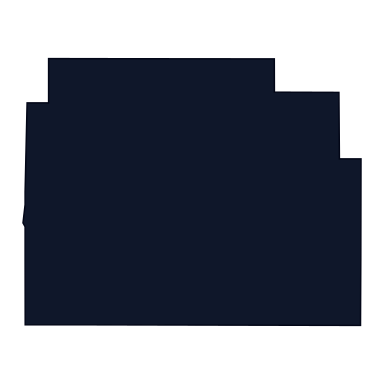 Morris, Kansas, United States of America
{"feature_id": "52423323B46271330611331", "entity_name": "Morris", "entity_type": "district", "adm_level": 2, "iso_a3": "USA", "parent_name": "United States of America", "parent_adm1": "Kansas", "projection": "equal_earth", "projection_center": [-96.703, 38.696], "detail": "fine", "context": "isolated", "style": "filled", "palette": "ink", "viewbox_px": 384, "rotation_deg": 0, "n_neighbors": 0, "source": "geoboundaries", "source_scale": "gbopen_adm2", "svg_char_len": 355}
<svg xmlns="http://www.w3.org/2000/svg" viewBox="0 0 384 384"><path d="M361.0,158.9L339.4,158.9L338.9,92.4L274.4,92.2L274.3,58.9L91.8,58.7L48.6,58.6L48.6,102.9L27.1,102.9L25.1,191.8L25.1,204.7L23.0,222.9L25.1,226.7L25.1,235.9L25.1,258.2L25.2,324.8L89.5,324.8L360.5,325.4L360.8,258.5L361.0,158.9Z" fill="#0f172a" stroke="#020617" stroke-width="1.5"/></svg>